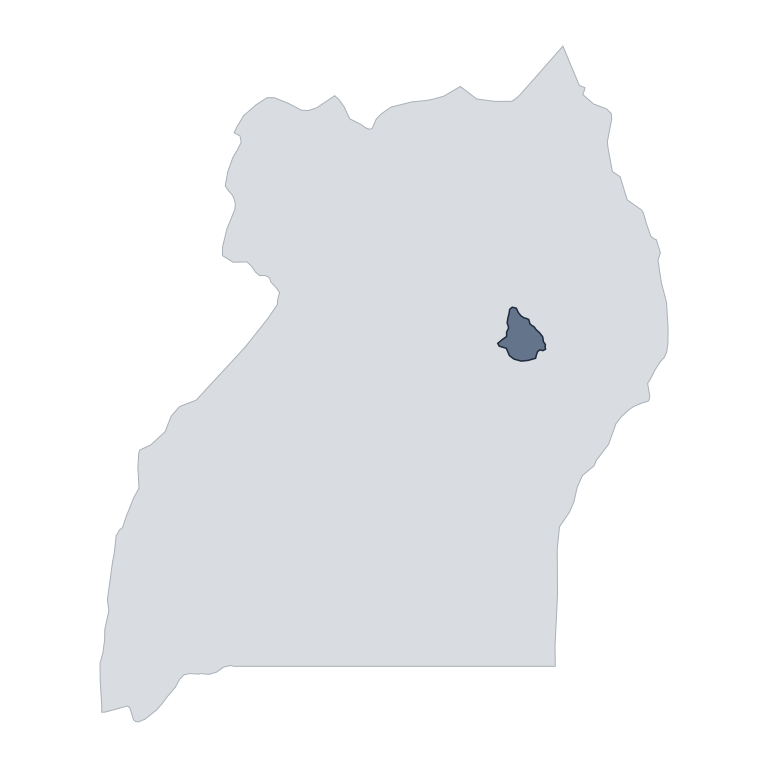 location of Soroti within Uganda
{"feature_id": "UGA-3074", "entity_name": "Soroti", "entity_type": "District", "adm_level": 1, "iso_a3": "UGA", "parent_name": "Uganda", "parent_adm1": "", "projection": "robinson", "projection_center": [33.599, 1.795], "detail": "fine", "context": "in_parent", "style": "filled", "palette": "slate", "viewbox_px": 768, "rotation_deg": 0, "n_neighbors": 0, "source": "natural_earth", "source_scale": "10m", "svg_char_len": 2854}
<svg xmlns="http://www.w3.org/2000/svg" viewBox="0 0 768 768"><path d="M555.3,666.3L543.9,666.3L525.2,666.3L506.6,666.3L487.9,666.3L469.3,666.3L450.6,666.3L432.0,666.3L413.3,666.3L394.7,666.3L376.1,666.3L357.4,666.3L338.8,666.3L320.1,666.3L301.5,666.3L282.8,666.3L264.2,666.3L245.5,666.3L234.5,666.3L232.3,666.0L230.8,665.5L223.7,667.0L216.5,672.2L208.7,674.4L200.4,673.5L199.4,674.1L195.2,673.9L189.2,673.6L183.7,675.0L179.5,679.5L175.3,687.3L167.6,696.3L161.7,704.2L156.6,709.9L145.0,719.2L138.6,721.9L135.5,721.5L133.5,719.8L129.9,707.9L127.6,706.0L105.0,712.1L101.6,712.2L101.9,708.5L100.2,680.5L100.0,663.4L102.9,652.7L104.6,640.3L104.8,629.4L108.9,610.9L107.4,599.8L112.7,560.8L114.1,554.5L116.2,535.7L119.6,529.8L122.5,527.6L126.4,516.0L133.8,497.6L139.0,488.1L137.9,467.3L138.7,453.2L139.9,450.0L150.9,444.8L165.1,431.7L171.1,416.3L179.6,406.5L196.1,400.2L244.8,347.5L267.5,319.0L277.4,304.5L277.7,299.3L279.6,292.4L275.7,287.1L271.0,282.2L269.4,277.7L265.3,275.5L259.5,275.6L255.7,272.3L251.3,265.9L246.9,261.9L233.1,262.2L222.5,255.7L222.6,246.8L226.8,229.3L234.9,209.2L235.3,203.6L234.2,198.9L232.2,194.9L228.6,190.8L225.2,186.0L227.8,171.6L232.9,157.4L237.1,150.4L241.2,142.4L240.0,135.9L234.1,132.7L237.2,126.4L243.6,115.7L256.0,104.9L267.0,97.7L274.3,97.7L288.5,103.4L301.3,110.2L308.4,110.5L316.9,107.7L334.7,95.7L338.9,99.5L344.1,106.8L349.7,118.8L360.9,124.4L366.2,128.2L370.1,129.3L372.2,128.3L376.4,118.8L381.5,113.7L391.0,107.1L411.9,101.9L426.8,100.4L433.1,99.2L443.7,96.2L460.3,86.5L476.8,99.0L494.6,101.4L511.9,101.3L517.2,97.5L520.2,94.6L538.4,74.0L562.9,46.1L579.3,85.4L584.9,87.7L584.1,91.1L582.7,94.4L593.4,103.9L606.6,108.9L611.3,113.7L611.7,119.0L607.3,142.0L608.1,148.5L612.4,171.6L620.2,176.8L627.2,199.9L641.3,209.8L643.3,212.6L646.5,223.9L650.8,236.2L654.2,239.0L656.3,239.7L660.4,252.8L658.0,260.1L661.3,282.4L666.5,302.4L668.0,326.2L668.0,336.7L667.9,343.1L666.7,352.1L664.2,357.4L659.7,362.5L654.7,370.5L650.4,379.1L647.6,383.3L649.8,396.1L649.2,399.5L648.1,401.2L641.7,403.1L633.6,406.5L628.6,410.0L621.6,416.5L616.0,423.6L608.6,444.3L596.2,460.5L594.1,465.8L582.4,475.5L577.2,487.3L573.9,501.9L569.4,512.3L559.5,526.7L557.2,549.3L557.5,594.6L555.0,646.1L555.3,666.3Z" fill="#d9dde1" stroke="#a8b0b8" stroke-width="1"/><path d="M497.7,343.4L502.6,339.3L506.5,336.6L506.6,334.3L506.6,332.1L508.5,328.3L508.2,325.6L507.1,323.2L507.9,318.1L509.1,313.2L509.7,309.3L512.2,307.2L516.3,308.2L518.3,312.5L520.9,315.8L524.3,318.0L526.6,318.5L528.7,319.5L529.4,321.6L529.8,323.6L531.7,325.4L534.0,326.7L535.0,328.0L535.9,329.4L539.5,332.7L542.6,336.6L543.1,339.1L543.4,341.6L544.3,343.0L545.4,344.4L545.1,347.1L545.6,349.2L543.0,350.6L539.7,349.9L537.5,351.8L536.3,355.3L535.6,358.3L528.1,360.4L521.3,361.1L514.0,359.1L509.4,355.6L506.3,348.3L499.3,346.2L497.7,343.4Z" fill="#64748b" stroke="#1e293b" stroke-width="1.5"/></svg>